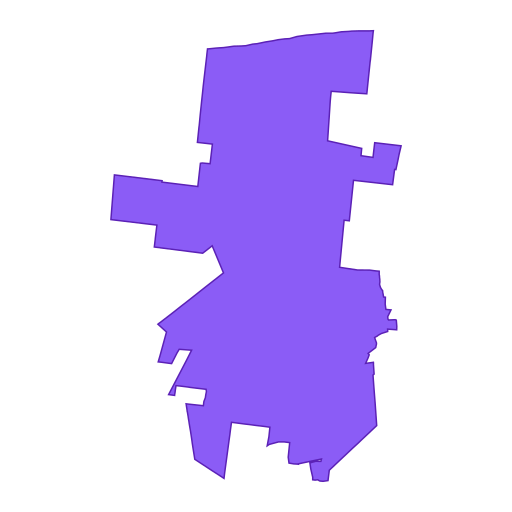 outline of Sinanché, Yucatán, Mexico
{"feature_id": "50627088B40588220742551", "entity_name": "Sinanché", "entity_type": "district", "adm_level": 2, "iso_a3": "MEX", "parent_name": "Mexico", "parent_adm1": "Yucatán", "projection": "orthographic", "projection_center": [-89.197, 21.269], "detail": "fine", "context": "isolated", "style": "filled", "palette": "violet", "viewbox_px": 512, "rotation_deg": 0, "n_neighbors": 0, "source": "geoboundaries", "source_scale": "gbopen_adm2", "svg_char_len": 3142}
<svg xmlns="http://www.w3.org/2000/svg" viewBox="0 0 512 512"><path d="M396.7,329.8L396.8,326.4L396.3,320.1L395.7,319.9L395.2,319.7L388.6,320.0L388.0,319.2L387.7,316.7L391.0,309.9L385.9,309.4L385.2,304.1L385.4,297.2L383.6,297.0L383.0,293.5L382.8,292.8L382.6,290.6L381.6,289.4L380.5,287.5L380.0,285.9L379.6,284.7L379.7,283.0L379.9,282.1L379.8,280.2L379.8,279.3L379.5,277.1L379.5,276.0L379.2,274.6L379.2,271.2L375.8,270.9L369.7,270.1L357.5,270.0L339.6,267.3L344.1,220.2L349.3,220.8L353.5,180.3L392.6,184.7L394.6,169.4L395.9,169.6L398.2,158.9L399.1,154.3L400.9,146.8L401.1,145.8L374.7,142.7L373.0,157.4L361.0,155.7L361.7,148.4L352.7,146.4L327.6,140.8L329.2,117.0L330.2,101.7L330.7,96.1L331.2,91.3L334.1,91.5L340.9,92.0L350.0,92.7L366.8,93.8L368.2,80.2L370.1,61.9L370.4,59.9L372.0,44.2L372.3,41.3L373.1,32.7L373.4,30.7L373.2,30.7L369.1,30.9L358.5,30.9L351.8,31.1L348.7,31.4L341.3,31.8L335.5,32.8L332.7,33.2L330.3,33.2L326.0,33.2L312.2,34.7L306.7,35.1L297.0,36.5L289.6,38.6L284.7,38.9L278.2,39.7L272.8,40.8L265.2,42.0L257.1,43.7L252.8,44.1L245.9,45.7L241.3,46.0L233.7,46.2L228.1,47.0L223.4,47.6L218.7,47.9L216.0,48.1L208.1,48.9L207.5,48.9L206.9,54.1L206.7,56.2L206.2,60.5L204.9,71.6L204.1,78.4L203.2,86.3L202.5,93.2L201.8,99.7L201.5,102.5L201.2,105.5L200.7,110.2L200.1,116.0L199.2,125.5L199.0,126.8L197.4,142.4L202.8,143.0L212.4,144.1L210.1,163.7L202.2,163.0L200.4,163.3L197.8,186.5L161.9,182.1L162.1,180.7L114.4,174.9L110.9,219.6L156.9,225.1L155.3,238.3L155.2,239.6L154.3,247.0L156.5,247.3L160.2,247.7L160.3,247.8L202.7,253.2L212.2,245.8L223.5,272.9L206.0,286.6L188.8,300.2L180.2,306.9L174.4,311.5L168.2,316.3L160.8,322.0L158.6,323.6L157.9,324.2L166.5,332.0L160.1,355.4L158.2,361.9L161.1,362.2L171.6,363.6L177.1,352.8L179.2,349.3L190.2,350.1L191.6,350.2L186.6,360.1L168.6,394.6L174.6,395.4L174.6,395.0L175.0,392.7L175.3,390.3L176.0,385.6L181.4,386.2L186.2,386.8L188.5,387.1L190.1,387.4L194.4,387.9L195.1,388.0L206.1,389.3L206.4,391.7L205.8,394.6L205.4,397.4L205.3,397.9L204.1,400.9L203.8,402.0L203.4,405.7L200.5,405.4L188.4,404.1L186.1,403.8L186.2,404.4L186.5,406.6L186.9,409.0L187.2,411.4L187.2,411.5L187.3,411.6L187.7,413.9L188.1,416.3L188.5,419.1L188.9,421.3L189.2,423.5L189.5,425.3L190.0,428.3L190.5,431.1L191.8,439.7L192.2,442.8L193.1,448.7L194.8,459.3L212.6,471.0L221.6,476.8L224.0,478.4L224.6,473.3L229.1,440.0L229.8,435.0L230.5,429.4L231.5,422.3L237.7,423.1L244.5,424.0L249.0,424.5L256.4,425.5L260.9,426.0L265.6,426.6L269.9,427.2L268.9,436.8L268.1,440.9L267.2,445.8L269.3,444.4L278.6,441.9L284.0,441.9L289.7,442.6L288.2,457.2L289.0,463.1L293.8,463.9L297.5,464.1L298.2,464.2L298.1,463.9L311.8,461.0L321.5,459.0L320.9,461.4L315.7,461.3L309.9,462.9L310.8,469.0L312.7,477.2L312.7,479.8L315.1,480.1L317.7,479.8L319.8,481.0L323.0,481.3L328.0,480.6L329.3,470.2L352.2,448.6L358.3,443.0L361.4,440.0L376.7,425.6L375.2,404.1L374.1,390.0L373.0,375.1L374.1,374.1L373.4,363.6L373.5,363.4L373.4,362.3L365.6,363.4L368.0,358.0L369.2,354.8L368.1,353.4L375.7,347.6L376.5,343.9L376.4,342.6L375.9,341.3L374.6,337.5L376.6,336.4L377.1,336.2L378.3,335.2L381.4,333.5L387.7,331.5L387.6,329.1L396.7,329.8Z" fill="#8b5cf6" stroke="#5b21b6" stroke-width="1.5"/></svg>